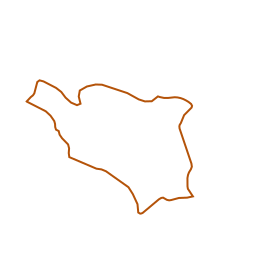 El Tarf, Robinson projection, rotated 229°
{"feature_id": "DZA-2164", "entity_name": "El Tarf", "entity_type": "Province", "adm_level": 1, "iso_a3": "DZA", "parent_name": "Algeria", "parent_adm1": "", "projection": "robinson", "projection_center": [8.131, 36.681], "detail": "fine", "context": "isolated", "style": "outline", "palette": "amber", "viewbox_px": 256, "rotation_deg": 229, "n_neighbors": 0, "source": "natural_earth", "source_scale": "10m", "svg_char_len": 1122}
<svg xmlns="http://www.w3.org/2000/svg" viewBox="0 0 256 256"><g transform="rotate(229 128 128)"><path d="M214.5,68.9L215.1,74.9L215.0,77.7L215.6,80.0L222.2,89.7L222.0,92.5L218.6,94.8L205.5,100.0L199.0,101.3L191.9,100.8L184.5,101.7L178.7,104.5L177.5,108.1L184.1,111.5L187.9,116.2L186.3,124.2L182.0,132.2L177.7,136.8L154.8,150.4L142.5,154.9L137.0,158.2L132.6,163.5L132.2,171.3L130.5,172.3L127.2,174.8L124.5,177.8L120.6,183.4L118.6,185.4L116.1,187.3L113.4,188.8L110.7,189.9L107.9,190.8L104.7,191.4L102.7,190.9L101.7,189.4L100.9,178.8L98.0,173.0L97.0,171.0L96.5,169.2L96.2,168.7L95.5,167.8L93.8,166.6L59.5,152.5L56.9,150.8L55.6,148.4L54.5,144.9L53.2,142.5L51.2,140.0L44.9,134.6L42.8,133.3L33.8,132.1L36.6,127.0L41.8,120.5L45.3,113.3L46.4,111.6L48.3,110.2L52.4,108.8L53.4,107.2L53.9,104.6L54.3,83.2L54.9,81.7L55.4,81.0L56.6,80.6L57.5,80.3L64.3,85.2L75.0,88.3L83.0,89.5L109.8,83.0L114.2,80.8L118.0,77.5L144.5,64.6L147.9,66.8L151.3,70.2L154.9,72.0L163.5,71.5L167.8,72.0L171.2,73.7L174.0,72.6L176.5,73.7L178.9,75.6L181.6,76.9L188.1,77.6L194.6,76.9L214.4,68.9L214.5,68.9Z" fill="none" stroke="#b45309" stroke-width="2"/></g></svg>